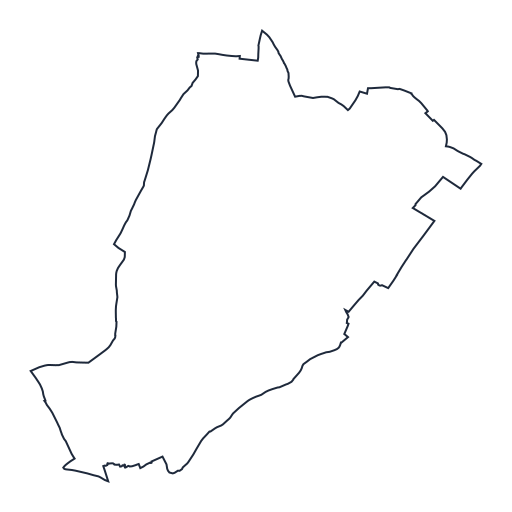 Taureni, Mures, Romania
{"feature_id": "2599482B94895366750216", "entity_name": "Taureni", "entity_type": "district", "adm_level": 2, "iso_a3": "ROU", "parent_name": "Romania", "parent_adm1": "Mures", "projection": "equal_earth", "projection_center": [24.072, 46.573], "detail": "fine", "context": "isolated", "style": "outline", "palette": "slate", "viewbox_px": 512, "rotation_deg": 0, "n_neighbors": 0, "source": "geoboundaries", "source_scale": "gbopen_adm2", "svg_char_len": 5855}
<svg xmlns="http://www.w3.org/2000/svg" viewBox="0 0 512 512"><path d="M201.2,440.9L203.2,438.3L206.8,434.5L209.5,431.5L210.5,431.5L215.1,428.3L217.0,427.2L221.2,425.5L222.9,424.4L227.4,420.3L228.8,419.1L229.9,418.0L230.6,417.1L232.0,414.9L233.1,413.4L239.1,407.9L247.3,401.3L248.7,400.3L250.4,399.3L252.8,398.1L256.2,396.6L258.9,395.7L261.3,394.8L265.6,391.9L268.5,390.5L272.4,389.1L277.6,387.5L279.4,387.3L286.1,384.4L287.7,383.9L291.5,381.8L293.3,379.6L293.4,379.1L299.1,372.7L300.7,370.4L301.7,368.3L302.4,366.0L302.8,365.2L303.5,364.1L306.7,361.8L310.2,359.1L317.8,355.2L321.3,353.9L323.2,353.3L326.1,352.3L329.7,351.8L334.4,350.2L336.9,349.1L338.6,347.8L339.4,346.7L340.2,344.9L340.9,342.6L341.3,342.7L348.0,337.1L344.7,334.3L344.3,334.0L347.7,326.1L348.4,324.1L348.5,323.7L346.8,323.0L347.0,321.7L347.1,319.8L347.9,318.3L348.4,317.6L348.6,316.9L347.6,314.3L346.3,312.2L345.3,310.0L348.6,311.8L354.4,304.9L358.7,299.9L362.8,295.7L366.7,290.6L374.3,281.6L377.9,283.4L378.1,284.0L378.1,284.6L379.3,285.4L380.0,285.6L380.8,285.6L382.0,285.2L388.2,288.1L393.4,280.7L396.9,275.2L396.7,275.1L401.5,267.1L406.1,260.0L406.4,259.7L413.5,248.8L423.6,235.5L434.4,220.9L412.8,208.0L415.5,205.2L415.5,204.1L421.3,197.3L429.0,191.7L435.1,186.3L443.0,176.9L460.6,188.7L461.5,187.4L467.3,179.7L470.5,175.7L472.2,173.6L474.3,171.3L480.0,165.8L481.3,163.9L480.0,163.1L476.3,160.8L474.5,159.9L471.7,157.9L470.0,156.9L464.5,154.2L463.2,153.8L459.0,151.7L457.5,150.9L453.6,148.4L453.1,148.2L450.2,147.1L448.4,146.6L445.9,146.3L446.7,142.6L446.9,139.5L446.4,135.2L445.1,131.9L442.4,128.4L434.0,119.9L432.8,120.8L425.4,113.2L427.8,111.3L427.4,110.6L421.3,103.2L419.9,101.8L419.1,101.0L416.6,99.1L414.3,97.2L412.9,95.8L412.2,94.7L411.4,93.9L411.5,93.4L404.5,90.6L400.8,89.3L399.5,88.9L397.9,89.2L390.1,87.9L389.5,87.4L387.7,87.3L386.0,87.3L371.2,88.2L368.0,88.2L367.0,93.7L359.7,91.5L357.8,96.0L355.4,100.3L349.7,108.6L347.9,110.1L343.7,106.1L341.3,104.4L338.5,102.9L333.8,99.2L331.8,98.3L327.5,96.8L321.7,96.7L317.0,97.3L313.0,98.0L304.1,96.4L301.7,95.8L299.4,95.9L295.1,96.7L290.0,85.6L288.5,81.6L288.3,80.6L288.3,79.6L288.6,78.6L288.7,76.8L288.5,73.1L288.3,72.5L287.8,71.6L287.5,70.8L287.3,69.5L286.5,67.9L285.7,65.9L284.4,63.5L283.9,63.0L283.8,62.4L282.8,60.4L282.0,59.2L280.5,55.9L279.7,54.8L278.6,53.1L278.3,51.6L277.4,50.0L275.1,46.8L273.7,44.4L272.7,42.3L269.3,37.2L267.0,34.7L265.2,33.2L262.1,30.7L260.7,35.2L260.0,38.2L258.4,45.6L258.6,46.3L258.6,48.3L258.3,53.9L258.2,57.7L257.7,60.7L239.6,58.7L239.8,56.0L236.1,56.3L231.8,56.0L226.7,55.5L222.6,54.9L218.3,54.1L215.1,53.6L209.9,53.6L203.4,53.7L198.8,53.1L198.0,53.1L198.7,55.8L198.7,56.9L197.6,57.2L197.5,56.8L197.2,57.5L197.6,59.0L197.7,59.5L197.4,59.8L196.7,60.7L196.4,61.1L196.2,62.3L196.2,63.3L196.3,64.2L198.0,70.5L198.0,72.1L197.9,76.1L195.5,79.5L192.6,82.9L192.3,83.8L191.5,86.0L189.7,87.5L187.5,90.4L183.5,94.1L180.9,98.1L179.8,100.0L174.9,106.9L174.5,107.5L174.0,108.1L172.3,110.1L168.5,113.5L166.9,115.3L166.1,116.4L164.4,118.8L161.7,123.0L157.2,128.7L156.8,129.3L156.2,131.5L156.1,132.0L155.0,136.0L154.9,136.7L154.8,137.5L154.3,141.3L154.3,141.5L154.1,142.6L153.9,143.8L153.7,144.6L151.5,155.1L150.6,159.1L147.9,170.1L145.8,176.9L144.6,180.7L144.2,181.9L144.1,182.1L144.0,183.4L143.9,185.4L143.5,186.4L141.1,190.5L135.8,200.1L134.8,202.4L134.1,204.3L133.3,206.0L133.2,206.1L133.1,206.4L132.4,207.8L132.3,208.1L130.9,210.8L129.5,215.5L128.0,218.9L127.3,220.4L126.0,222.1L125.2,223.5L124.2,225.4L122.6,229.0L120.9,232.6L120.3,233.7L116.3,240.0L114.0,244.2L118.4,247.9L124.9,252.0L124.8,256.2L124.7,257.3L124.0,259.3L123.9,259.6L119.8,265.3L118.0,268.0L116.7,271.0L116.3,272.7L116.1,274.3L115.9,284.7L116.0,286.2L116.8,290.6L116.9,292.7L117.3,296.0L117.4,297.2L116.5,302.8L116.3,304.1L116.0,306.2L115.8,309.9L115.8,312.0L115.9,317.8L116.0,318.6L116.0,321.0L116.1,321.3L116.5,321.7L116.5,322.2L116.4,324.8L116.3,326.8L115.2,333.7L115.2,334.4L115.3,335.2L115.2,335.3L115.4,335.7L115.3,335.9L115.3,336.3L115.2,337.2L114.8,338.2L114.7,338.5L113.0,340.5L110.4,345.1L108.7,347.3L106.6,349.2L105.1,350.4L101.6,353.0L100.0,354.2L88.4,362.7L83.4,362.6L76.4,362.4L72.4,361.9L69.6,362.1L67.7,362.6L59.0,365.1L56.8,365.1L56.0,365.2L50.0,365.0L48.4,365.0L47.2,365.1L44.7,365.6L39.3,367.2L36.6,368.4L30.7,371.0L36.2,378.6L36.8,379.6L37.9,381.2L38.1,381.5L40.0,384.5L41.8,388.4L42.8,391.4L43.3,394.5L43.4,394.8L43.8,396.3L45.5,400.7L45.5,400.8L45.2,400.9L44.5,401.0L45.6,402.5L46.9,405.0L49.7,408.7L52.3,412.8L57.2,422.6L58.1,424.6L59.7,427.8L60.6,430.7L61.2,432.4L61.7,433.7L61.8,434.3L61.9,434.5L64.0,438.8L64.2,439.1L65.8,441.2L71.6,453.8L73.3,456.6L74.6,458.6L70.4,461.3L67.7,463.3L65.6,465.0L64.3,466.3L63.3,467.6L64.3,468.9L65.3,469.2L66.4,469.4L71.9,470.0L75.2,470.6L87.3,473.4L93.5,475.2L98.5,476.4L100.5,477.4L104.8,480.0L107.1,480.9L108.2,481.3L104.9,470.9L103.3,466.1L103.9,465.9L104.4,465.6L104.5,465.6L105.6,465.8L106.4,465.5L106.7,465.2L106.9,465.2L107.2,465.1L107.3,464.9L107.6,464.6L107.7,464.3L107.4,463.5L107.5,463.3L107.6,463.2L107.9,463.2L108.7,463.7L109.0,463.7L109.6,463.5L110.5,463.4L112.6,463.3L113.1,463.4L113.9,464.1L114.1,464.1L114.2,464.3L114.4,464.6L115.5,464.7L117.0,464.8L119.0,464.5L120.1,466.6L121.0,466.5L121.6,466.3L122.1,465.9L122.4,465.4L122.6,465.3L123.5,465.7L123.8,465.6L124.4,464.6L124.6,464.6L124.9,464.8L125.0,465.4L124.8,466.9L124.9,467.4L125.1,467.6L125.8,467.4L126.8,466.8L128.1,466.0L128.5,465.9L128.8,466.0L129.8,466.5L130.0,466.5L131.0,466.3L131.8,466.3L132.6,466.1L135.7,465.1L137.2,464.5L138.7,464.0L140.3,468.1L143.5,466.5L146.3,464.4L149.9,462.7L150.2,462.9L150.8,463.0L151.5,462.8L151.7,462.3L151.5,461.5L162.5,456.6L166.5,464.4L167.2,468.8L168.0,470.7L169.4,472.5L172.8,473.4L174.6,472.8L177.9,470.7L179.6,470.8L182.0,469.1L182.8,467.4L184.9,465.5L187.2,463.5L188.3,462.1L193.3,454.5L196.7,448.5L201.2,440.9Z" fill="none" stroke="#1e293b" stroke-width="2"/></svg>